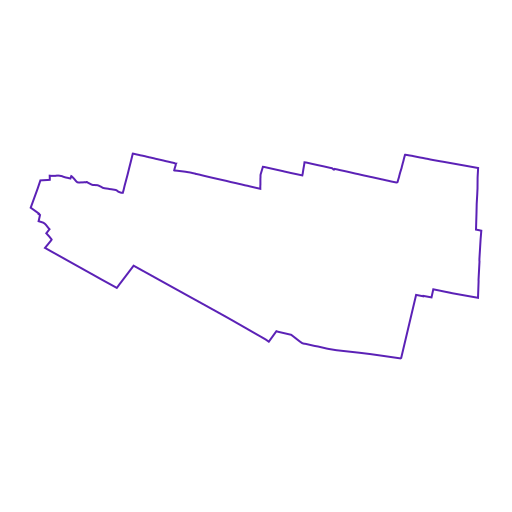 Brastavatu, Olt, Romania (Robinson projection)
{"feature_id": "2599482B94016729374346", "entity_name": "Brastavatu", "entity_type": "district", "adm_level": 2, "iso_a3": "ROU", "parent_name": "Romania", "parent_adm1": "Olt", "projection": "robinson", "projection_center": [24.396, 43.91], "detail": "fine", "context": "isolated", "style": "outline", "palette": "violet", "viewbox_px": 512, "rotation_deg": 0, "n_neighbors": 0, "source": "geoboundaries", "source_scale": "gbopen_adm2", "svg_char_len": 4818}
<svg xmlns="http://www.w3.org/2000/svg" viewBox="0 0 512 512"><path d="M478.0,297.8L478.5,283.8L478.6,280.7L478.5,280.3L479.5,261.4L479.4,261.0L479.4,259.1L480.6,239.2L481.3,230.7L478.6,230.1L476.0,229.6L476.5,212.7L476.7,203.8L477.2,195.0L477.4,190.6L477.5,188.7L477.6,177.7L477.7,175.6L478.0,170.4L478.1,168.0L476.9,167.8L465.9,165.8L442.9,161.7L440.9,161.4L432.4,159.9L432.0,159.8L430.8,159.6L427.3,158.8L425.9,158.6L425.4,158.5L422.6,157.9L420.7,157.6L420.1,157.5L416.6,156.8L413.2,156.1L412.5,155.9L411.2,155.7L409.9,155.5L409.1,155.4L407.7,155.1L406.9,155.0L406.4,154.9L405.6,154.8L405.1,154.7L405.0,154.8L404.9,155.0L404.6,156.4L404.5,156.8L404.4,156.9L403.9,158.9L403.7,159.6L403.7,159.8L403.2,161.7L402.8,163.1L402.7,163.4L402.5,164.3L402.0,166.1L401.6,167.9L401.3,168.9L401.0,169.7L401.0,169.9L400.7,170.7L400.5,171.5L400.2,172.3L400.0,173.2L399.8,173.7L399.6,174.7L399.4,175.3L399.3,175.7L399.2,176.1L399.1,176.8L398.8,177.7L398.7,178.1L398.4,179.0L398.2,179.7L398.0,180.4L397.8,181.0L397.7,181.6L397.4,182.2L396.9,182.4L396.4,182.5L394.4,182.1L391.3,181.5L388.4,180.8L386.0,180.3L384.8,180.0L383.4,179.7L383.1,179.6L381.5,179.3L378.5,178.6L375.7,178.0L372.6,177.3L370.1,176.8L367.4,176.2L366.9,176.1L366.5,176.0L364.5,175.6L361.4,174.9L358.1,174.1L355.5,173.6L350.5,172.4L347.0,171.6L344.7,171.1L343.8,170.9L339.9,170.1L337.5,169.5L335.0,169.0L334.6,168.9L334.2,169.3L334.0,169.6L333.5,169.5L333.2,169.2L333.0,168.9L332.5,168.6L332.0,168.2L329.9,167.8L327.3,167.2L323.4,166.3L322.4,166.1L321.5,165.9L318.1,165.2L311.8,163.8L307.9,162.9L306.1,162.5L304.5,162.3L304.2,164.5L303.8,166.8L303.4,169.1L303.1,171.0L302.9,172.3L302.7,173.6L302.3,175.4L296.7,174.2L290.4,172.9L288.4,172.4L287.8,172.3L284.8,171.6L284.6,171.6L283.2,171.2L273.7,169.1L266.1,167.4L264.4,167.0L262.9,166.8L260.6,174.5L260.5,175.5L260.5,177.2L260.4,178.7L260.4,180.7L260.4,182.8L260.4,184.8L260.3,185.9L260.3,187.5L260.3,188.8L255.9,187.8L249.1,186.2L247.7,185.8L244.9,185.3L243.8,185.0L242.6,184.7L241.4,184.4L238.7,183.8L235.8,183.1L231.0,182.1L226.4,180.9L219.6,179.4L212.9,177.9L209.9,177.2L204.0,175.8L200.8,175.0L199.8,174.7L198.3,174.4L196.5,174.0L196.0,174.0L195.8,173.9L195.4,173.8L195.2,173.6L194.5,173.5L193.7,173.3L192.6,173.1L191.1,172.7L189.6,172.4L187.5,172.1L186.4,171.9L185.2,171.7L182.8,171.4L181.1,171.2L179.4,171.0L177.0,170.7L174.4,170.5L174.2,170.4L174.5,169.0L174.8,168.0L175.2,166.6L175.6,165.5L175.7,164.7L175.8,164.1L176.0,163.7L175.6,163.7L175.2,163.5L174.5,163.1L174.0,163.0L172.9,162.7L171.3,162.4L168.9,161.8L167.5,161.5L166.0,161.2L165.3,161.0L164.8,160.9L164.4,160.8L163.8,160.6L163.3,160.5L162.0,160.2L160.7,159.9L159.8,159.7L158.8,159.5L157.6,159.2L156.5,159.0L154.9,158.6L154.3,158.4L152.1,157.9L149.9,157.4L149.1,157.3L148.1,157.0L146.7,156.7L145.3,156.3L144.0,156.0L142.1,155.6L140.8,155.4L139.9,155.2L138.8,154.9L136.8,154.5L134.3,153.9L133.1,153.6L132.8,153.6L130.7,162.1L129.3,167.6L127.6,174.5L125.9,180.9L125.2,183.5L124.6,185.7L123.6,190.0L122.8,192.8L121.8,192.8L120.7,192.6L119.4,192.1L118.8,191.9L118.2,191.6L117.8,191.3L117.3,190.8L116.6,190.4L116.1,190.1L115.3,189.9L111.0,189.2L109.8,189.1L108.0,188.7L106.4,188.5L105.6,188.4L104.9,188.3L103.9,188.1L103.6,188.0L103.0,187.9L102.4,187.6L101.8,187.2L101.1,186.8L100.5,186.5L100.0,186.3L99.3,185.9L98.5,185.6L98.1,185.4L97.7,185.3L97.3,185.2L96.4,185.1L95.4,185.1L94.9,185.0L94.1,185.0L93.5,185.0L92.9,185.0L92.2,184.8L91.9,184.7L90.8,184.2L89.7,183.6L88.3,182.9L87.6,182.5L86.9,182.0L86.4,182.0L86.0,182.3L85.4,182.3L84.9,182.2L84.4,182.2L84.0,182.3L83.5,182.3L82.5,182.4L81.7,182.4L81.0,182.4L79.9,182.5L78.7,182.5L77.9,182.4L77.4,182.3L77.0,182.0L76.5,181.6L76.1,181.2L75.5,180.5L74.7,179.5L74.1,178.8L72.9,177.5L72.1,176.8L71.5,176.2L71.3,176.1L70.4,178.5L69.5,178.3L68.6,178.1L67.9,177.9L66.8,177.7L65.4,177.4L63.8,176.9L62.7,176.5L61.8,176.1L61.0,176.0L60.0,175.8L59.4,175.7L58.7,175.6L57.8,175.6L57.1,175.6L56.2,175.7L55.2,175.9L54.5,175.9L54.2,175.9L53.0,175.9L51.6,175.9L51.3,175.9L50.6,175.8L50.0,175.7L49.7,175.7L49.8,178.4L49.8,179.8L49.1,179.9L40.4,180.4L37.6,188.7L30.7,207.7L38.9,213.6L38.6,214.0L40.0,215.0L39.7,216.4L38.6,221.2L38.9,221.3L39.3,221.4L40.2,221.7L40.7,221.8L40.9,221.9L43.1,222.6L44.1,223.2L44.9,223.8L45.9,224.8L48.4,228.0L49.5,229.2L46.3,233.3L49.5,236.8L51.6,239.5L51.3,240.2L45.0,247.9L51.2,251.4L71.1,262.5L85.6,270.6L100.8,279.1L114.1,286.4L116.8,287.9L117.5,287.0L119.9,283.7L120.7,282.7L133.6,265.7L161.6,281.2L227.4,317.6L265.7,339.5L268.8,341.7L276.4,331.2L277.8,331.7L291.2,334.8L299.7,341.4L302.1,343.1L303.6,343.6L305.8,343.9L314.4,345.9L318.0,346.5L324.8,348.1L326.9,348.6L329.0,349.0L336.3,350.2L359.9,352.8L370.5,354.1L381.8,355.7L400.5,358.4L401.2,357.9L416.1,294.9L423.3,296.3L423.4,295.9L431.5,297.4L433.3,289.3L452.7,293.3L478.0,297.8Z" fill="none" stroke="#5b21b6" stroke-width="2"/></svg>